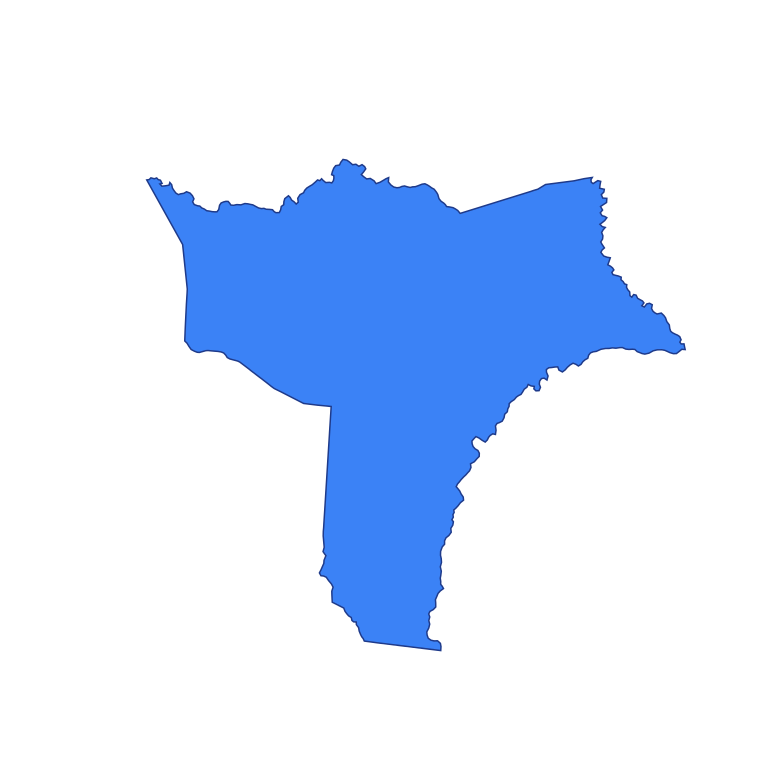 Brumado, Bahia, Brazil (Natural Earth projection), rotated 15°
{"feature_id": "56859067B23298098708687", "entity_name": "Brumado", "entity_type": "district", "adm_level": 2, "iso_a3": "BRA", "parent_name": "Brazil", "parent_adm1": "Bahia", "projection": "natural_earth1", "projection_center": [-41.652, -14.215], "detail": "fine", "context": "isolated", "style": "filled", "palette": "blue", "viewbox_px": 768, "rotation_deg": 15, "n_neighbors": 0, "source": "geoboundaries", "source_scale": "gbopen_adm2", "svg_char_len": 6050}
<svg xmlns="http://www.w3.org/2000/svg" viewBox="0 0 768 768"><g transform="rotate(15 384 384)"><path d="M620.2,287.2L623.2,287.5L625.3,287.8L628.2,287.6L632.0,285.6L635.4,282.3L639.0,280.3L643.6,279.0L646.5,278.8L649.2,279.2L652.1,279.7L655.7,279.8L658.6,278.9L660.6,276.3L662.7,273.4L666.0,272.8L664.7,270.3L663.4,267.6L660.7,268.4L658.9,267.0L659.5,264.4L657.4,261.7L654.8,260.8L652.5,260.5L649.3,259.8L647.3,258.9L645.7,256.5L644.3,253.1L641.0,250.5L638.8,247.2L636.6,245.4L633.5,243.7L629.6,245.7L627.4,245.2L625.1,244.2L622.9,241.9L622.6,238.0L619.6,237.3L617.1,238.6L615.5,242.3L612.8,241.7L614.1,238.4L612.2,236.9L610.0,236.4L606.8,235.6L604.5,232.9L602.0,233.0L600.9,236.0L598.7,235.0L597.5,231.5L594.9,229.7L593.2,227.8L592.8,225.2L590.4,225.0L588.5,223.2L585.9,221.9L585.5,219.4L582.2,219.0L579.7,219.1L576.9,219.1L575.2,217.2L576.5,214.3L574.7,212.7L572.3,211.6L569.3,210.9L569.7,207.0L569.9,203.5L566.7,203.8L563.1,203.5L559.4,200.7L560.0,198.1L561.7,195.5L558.4,192.6L556.6,190.7L557.6,187.4L557.1,184.2L555.0,181.3L555.8,178.3L557.2,175.5L554.1,175.5L551.2,173.8L552.8,171.9L554.9,169.0L556.2,165.7L553.8,165.0L551.1,165.0L548.6,162.7L550.1,159.4L547.2,156.5L549.3,154.1L552.0,151.1L551.2,147.0L547.2,147.8L544.9,144.9L546.7,141.7L546.4,138.9L541.6,139.1L541.1,135.5L540.9,132.2L537.9,132.2L534.1,136.3L532.0,135.5L531.0,133.1L531.7,130.6L524.3,133.8L514.9,138.6L488.4,149.5L482.2,156.0L478.0,158.6L476.1,159.9L413.4,199.5L410.3,197.3L407.6,196.4L405.1,195.8L401.8,196.0L398.5,196.4L396.9,194.9L394.9,193.8L391.8,192.7L389.1,190.7L386.9,187.0L385.2,185.3L382.1,182.9L379.2,182.2L376.7,181.2L374.4,180.5L371.7,180.0L369.1,181.1L365.7,183.6L363.2,185.3L360.5,186.2L358.4,187.4L355.6,187.5L352.6,187.4L350.2,188.5L348.2,190.1L345.7,191.1L342.4,191.2L339.2,190.0L335.9,187.7L335.1,183.4L332.8,185.2L330.4,187.7L327.9,190.2L324.5,192.5L321.8,190.3L317.5,189.0L314.2,190.4L310.7,189.0L307.9,187.6L309.3,184.7L310.7,180.9L309.0,179.0L306.0,177.8L303.4,180.2L300.0,179.0L296.9,180.3L292.9,178.4L290.1,177.4L286.3,177.7L284.9,180.9L284.3,184.0L280.8,185.6L279.6,188.5L279.2,192.1L279.2,195.4L281.5,195.7L282.3,198.0L282.5,200.7L281.5,203.3L279.2,203.3L275.6,204.5L272.5,203.1L270.6,201.9L269.4,204.2L267.0,204.1L265.4,206.7L263.1,210.1L260.9,212.3L258.7,214.7L257.3,217.4L256.8,220.1L253.9,222.8L252.6,226.9L254.1,230.6L252.6,232.9L250.2,231.4L247.1,230.2L245.1,228.1L243.0,226.9L240.2,230.6L240.1,233.7L240.7,236.8L238.8,239.1L239.1,242.6L238.5,245.5L235.2,246.5L233.2,245.9L231.2,244.5L228.1,245.0L224.9,245.7L222.6,245.4L220.2,246.3L217.2,246.4L213.4,245.5L210.9,244.9L208.3,245.1L205.9,245.2L202.9,245.7L199.4,248.0L195.4,248.8L192.5,250.3L189.8,250.8L188.1,249.3L186.2,248.0L184.0,248.5L182.0,249.6L179.8,251.3L178.9,253.9L179.2,258.2L178.1,260.9L176.0,261.5L173.4,262.0L170.4,262.2L167.9,262.5L165.1,261.5L162.4,261.1L160.0,259.8L157.9,260.1L154.3,259.8L152.0,257.6L152.5,254.3L150.2,251.7L147.3,249.8L143.5,249.4L141.3,251.6L138.4,252.9L136.3,254.3L133.5,253.4L131.1,251.5L129.0,249.6L127.3,246.4L125.0,244.8L124.9,247.6L121.4,249.2L118.3,250.4L115.7,248.8L117.7,247.7L115.3,245.0L113.0,245.0L111.1,243.8L109.0,245.2L105.5,245.2L104.3,247.3L102.0,248.3L153.4,301.4L169.4,343.2L170.2,346.8L172.4,357.7L176.4,376.2L178.1,383.9L180.4,394.0L183.2,395.6L185.8,398.1L188.8,400.6L192.4,401.4L195.4,401.7L197.5,401.3L200.4,399.6L203.3,397.9L205.4,397.2L208.5,396.7L211.9,396.1L215.2,395.5L218.4,395.2L221.1,395.5L223.7,397.1L225.7,399.0L228.6,399.7L231.5,399.7L236.7,399.7L238.9,400.1L243.6,402.0L249.7,404.5L251.9,405.5L261.6,409.5L264.6,410.7L272.9,414.2L275.8,415.5L279.2,416.8L286.3,418.2L311.4,423.6L324.8,421.7L330.8,420.7L334.9,420.0L338.8,419.4L343.6,443.2L359.3,520.7L361.5,531.7L362.9,538.5L363.5,542.0L364.6,546.5L368.5,557.2L368.5,561.7L370.6,563.5L372.3,564.8L372.0,567.4L371.7,569.8L372.3,572.9L371.8,576.0L371.3,579.5L370.5,583.2L372.7,585.5L375.3,585.1L378.3,585.6L381.3,588.2L384.9,590.7L387.4,593.4L387.2,597.6L388.3,601.3L390.5,608.2L403.1,610.8L405.2,613.7L407.6,615.6L409.8,617.1L412.8,618.0L414.2,620.7L416.2,621.6L418.8,621.1L419.6,623.6L422.5,625.9L424.0,629.1L426.2,632.0L427.9,633.9L429.8,635.3L431.5,637.4L444.7,635.7L507.8,626.8L507.0,622.9L505.6,619.9L502.2,618.2L498.8,619.2L495.6,619.3L492.5,618.1L490.6,615.3L489.5,612.4L490.4,608.1L490.3,604.1L488.5,600.9L488.5,597.2L486.7,594.5L487.2,591.8L490.0,589.1L491.7,586.0L490.6,582.1L489.5,579.0L490.0,575.6L490.4,572.3L491.9,569.3L494.4,566.2L492.6,564.3L490.6,562.8L489.9,560.0L488.6,557.0L488.4,554.3L487.8,550.0L485.7,546.0L485.7,541.4L484.5,537.9L482.9,534.8L482.0,531.0L482.4,526.3L484.0,523.1L483.1,519.8L483.7,516.5L485.9,513.5L487.3,509.8L485.9,506.2L487.0,502.5L486.7,499.1L484.7,497.5L485.4,494.7L484.4,492.3L485.0,489.9L484.0,487.6L485.4,485.6L486.9,482.8L488.5,478.9L490.9,475.6L489.8,472.7L486.9,470.2L484.8,467.7L482.5,466.0L480.3,464.5L480.9,461.5L482.2,458.9L483.2,456.5L485.0,453.1L486.6,450.6L487.8,448.1L489.1,445.7L489.6,442.1L488.2,438.7L491.4,435.7L493.0,432.3L494.7,429.3L494.0,426.2L491.9,423.9L488.7,423.0L486.2,421.3L484.6,418.9L483.7,416.3L485.1,413.4L486.4,411.0L489.8,411.6L493.4,413.0L496.8,413.9L498.3,411.3L498.8,408.5L499.8,406.3L501.9,404.0L504.7,403.9L504.2,399.7L502.5,395.6L503.4,392.8L505.2,391.6L507.8,389.3L508.7,385.5L508.4,382.0L510.3,378.9L510.0,375.9L510.6,373.3L510.0,370.6L511.4,368.2L513.9,365.3L515.3,362.3L517.0,360.3L519.0,358.6L519.9,356.0L520.8,352.7L522.9,350.1L523.4,347.1L526.5,347.8L529.8,347.4L530.0,349.9L532.5,351.3L535.5,350.3L536.0,346.7L534.0,343.9L533.6,340.9L534.7,338.0L537.1,336.9L540.4,338.0L540.4,333.8L537.9,330.6L537.1,328.0L538.9,325.7L541.9,324.6L544.6,323.4L547.4,322.5L549.4,325.3L553.2,326.2L555.4,323.4L556.8,320.4L558.9,317.3L561.2,315.0L564.3,315.3L567.1,316.3L569.2,314.1L570.3,311.0L572.0,308.5L574.2,306.4L574.2,303.2L575.4,300.5L577.7,298.8L580.7,297.5L582.5,296.0L584.6,294.3L586.7,293.3L588.9,292.3L592.2,291.4L595.2,290.0L598.7,289.4L602.4,287.8L604.9,287.1L608.5,287.7L611.7,287.2L615.0,286.1L617.4,285.7L620.2,287.2Z" fill="#3b82f6" stroke="#1e3a8a" stroke-width="1.5"/></g></svg>